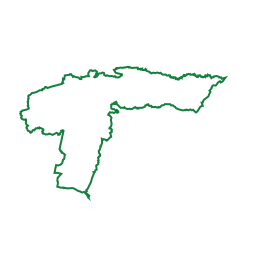 Ban Pong, Ratchaburi, Thailand (Albers equal-area conic projection), rotated 171°
{"feature_id": "78962969B74786164204095", "entity_name": "Ban Pong", "entity_type": "district", "adm_level": 2, "iso_a3": "THA", "parent_name": "Thailand", "parent_adm1": "Ratchaburi", "projection": "albers", "projection_center": [99.771, 13.854], "detail": "fine", "context": "isolated", "style": "outline", "palette": "green", "viewbox_px": 256, "rotation_deg": 171, "n_neighbors": 0, "source": "geoboundaries", "source_scale": "gbopen_adm2", "svg_char_len": 5960}
<svg xmlns="http://www.w3.org/2000/svg" viewBox="0 0 256 256"><g transform="rotate(171 128 128)"><path d="M207.0,81.1L203.7,79.6L201.0,79.2L201.1,78.8L200.7,78.6L199.5,78.6L197.1,77.8L192.5,77.4L191.0,76.8L186.7,73.4L185.2,72.9L185.0,72.5L183.2,71.4L181.4,71.8L178.9,68.3L178.2,65.6L177.8,65.1L178.0,66.3L177.1,66.7L176.9,67.2L179.6,70.4L179.7,71.3L178.5,72.1L179.0,73.1L177.3,74.3L173.0,80.5L171.5,83.9L168.8,88.4L168.9,89.8L167.9,89.5L166.9,91.3L165.5,91.7L165.3,95.9L163.1,96.9L162.9,98.4L162.4,98.7L162.7,100.4L162.1,100.7L162.2,103.4L161.4,103.7L160.8,104.6L159.9,104.8L159.7,106.3L160.5,107.6L160.5,109.9L159.5,110.7L158.4,112.9L158.2,114.1L157.7,114.0L156.9,115.9L156.3,116.4L155.9,117.4L155.5,121.3L154.5,120.4L154.1,120.8L152.4,120.2L151.4,119.0L150.8,119.4L150.4,119.1L147.1,121.6L146.0,121.9L146.2,124.6L146.6,125.9L144.8,126.4L144.5,127.6L144.8,127.8L144.2,128.8L144.6,129.7L146.4,130.5L146.0,131.3L145.3,131.3L144.1,133.0L143.5,134.8L143.7,138.6L142.7,140.8L144.1,143.2L145.5,144.1L145.4,144.4L143.4,146.4L142.9,146.0L140.4,145.7L139.5,145.0L137.4,145.9L136.9,145.9L136.7,145.2L136.1,145.4L135.7,144.8L135.0,145.2L135.1,145.8L135.5,145.7L135.7,146.8L136.3,147.7L137.5,147.3L138.6,148.7L140.4,149.0L141.4,149.9L141.0,153.6L139.8,153.8L139.6,154.4L138.1,154.0L138.4,154.3L137.6,155.2L135.8,155.7L135.8,154.9L135.3,154.8L135.7,153.4L134.9,152.9L132.2,149.1L131.3,149.1L129.7,148.6L128.3,149.1L128.0,148.2L126.3,147.2L125.3,146.8L123.2,146.8L122.7,146.2L120.8,146.2L117.8,147.5L117.6,147.0L117.1,147.0L116.2,146.0L115.7,146.4L114.9,145.6L114.3,145.6L113.8,146.2L111.0,145.7L108.0,146.4L107.3,147.6L105.8,147.6L105.4,147.7L105.5,148.1L104.3,148.3L103.6,146.5L101.7,146.3L101.2,144.8L100.2,145.0L98.8,144.4L97.7,144.7L96.4,143.8L94.7,143.4L94.5,144.0L93.2,143.5L91.2,145.0L89.5,145.0L88.1,145.4L87.8,145.8L82.7,144.9L81.8,143.5L81.0,143.6L79.8,143.1L79.3,142.2L78.2,141.6L77.5,140.1L75.2,138.6L71.6,137.0L70.0,136.7L68.2,137.0L68.1,136.6L66.9,136.8L65.5,136.0L65.2,136.3L63.2,136.5L62.1,135.5L60.9,135.8L58.7,132.9L58.1,132.7L56.3,134.1L53.5,137.4L51.8,138.3L50.7,138.2L51.3,141.5L50.4,141.3L48.9,143.8L43.7,146.6L42.1,149.4L40.9,150.8L41.7,152.1L39.4,153.9L39.0,154.6L39.2,154.8L37.9,156.6L37.2,156.8L34.7,156.2L31.6,159.1L30.1,159.8L29.6,159.7L29.2,158.5L27.2,159.2L23.9,162.5L27.6,162.0L28.0,163.4L29.9,163.5L30.0,164.2L32.3,165.5L34.9,165.5L35.2,165.1L35.7,165.2L35.8,164.7L37.0,164.9L37.9,164.3L38.2,165.5L38.8,165.9L38.6,166.8L38.8,167.3L40.5,167.5L40.7,167.8L40.9,167.1L41.6,166.7L42.3,167.6L42.9,167.4L43.3,166.7L43.6,167.6L44.6,166.5L45.5,166.7L46.0,166.3L46.9,167.2L47.5,166.9L48.0,167.3L47.9,167.6L48.6,168.8L49.4,168.8L49.4,168.5L50.4,168.1L50.7,168.4L51.1,167.4L52.0,167.6L52.8,169.0L52.9,168.7L53.2,168.8L53.4,169.6L54.3,169.9L54.0,170.2L54.5,170.3L54.4,171.0L56.4,170.7L57.9,170.8L58.3,171.1L58.3,171.5L58.8,171.4L59.9,171.9L60.7,171.6L61.3,171.9L62.1,171.0L62.7,171.1L63.3,170.7L63.5,171.3L64.2,171.5L64.0,170.7L64.3,170.8L64.4,170.5L65.6,170.6L66.4,169.8L67.2,170.1L67.7,169.8L67.6,169.2L68.1,169.6L68.5,169.0L69.2,169.3L69.4,168.9L70.0,168.9L69.8,168.6L70.3,167.9L70.8,167.9L71.2,168.9L72.0,168.6L72.7,169.5L72.7,169.1L73.2,169.0L73.1,170.2L74.2,170.4L74.6,170.8L75.4,170.3L75.6,170.5L75.0,171.0L75.9,170.8L75.8,171.1L76.8,171.2L77.0,171.6L78.1,171.4L78.5,172.2L78.2,172.7L78.3,173.4L79.5,173.8L80.4,173.5L81.6,173.9L82.4,174.9L85.1,175.2L86.2,176.0L87.1,177.4L88.1,177.1L90.2,178.1L93.1,178.1L94.3,178.7L96.4,178.3L97.2,179.3L97.7,179.3L98.1,180.2L100.8,181.5L100.8,181.9L101.3,182.4L101.1,182.8L101.5,182.8L101.7,183.4L102.7,182.6L104.3,182.9L104.4,183.3L104.7,183.1L105.5,183.6L105.1,184.4L105.8,184.3L106.3,184.6L106.7,184.1L107.0,184.6L107.7,184.5L108.4,184.9L108.6,184.5L109.0,184.6L109.0,186.1L115.1,186.8L116.6,187.6L117.4,187.5L117.4,188.2L119.3,188.4L122.1,188.2L122.4,188.5L124.2,188.2L126.2,188.9L128.4,188.6L129.7,189.1L130.1,188.9L130.1,188.2L130.8,188.3L131.0,187.8L132.8,187.6L131.5,184.4L125.5,181.9L126.0,180.9L126.8,181.1L127.2,180.3L129.2,179.4L132.1,180.0L132.3,180.9L133.0,181.3L134.0,180.9L135.8,181.9L138.5,182.1L140.5,183.4L141.7,182.9L143.3,184.2L143.0,185.2L143.2,186.3L144.9,186.7L145.8,186.2L149.0,186.4L149.3,185.1L150.8,183.7L152.8,183.2L153.4,183.7L151.5,185.1L151.2,186.3L149.9,188.4L151.3,190.0L154.3,189.8L155.0,190.7L156.4,190.9L158.7,188.3L158.9,186.8L158.5,185.3L161.4,185.7L162.8,185.3L165.1,185.3L166.1,185.8L166.5,183.6L168.0,184.0L168.9,185.6L171.9,186.5L173.1,187.5L174.3,187.1L174.5,188.2L175.5,189.0L175.7,190.0L176.8,190.3L177.5,189.7L182.2,189.8L183.3,186.2L184.5,187.0L184.6,186.7L184.9,184.6L185.8,183.5L185.0,182.5L186.6,181.9L196.7,180.9L201.3,180.1L202.5,181.3L203.3,181.4L203.8,181.2L204.0,180.5L205.7,179.6L206.4,179.9L206.8,178.7L209.2,179.1L213.3,177.7L217.6,177.5L218.8,176.4L220.2,175.7L220.8,175.8L221.6,175.1L221.5,172.7L222.0,172.5L222.6,169.5L223.0,169.4L223.0,165.7L223.6,165.4L222.9,163.4L223.0,162.7L225.0,162.1L229.8,161.7L230.1,161.1L231.5,160.8L231.5,159.6L232.1,159.2L231.7,158.5L232.0,157.8L230.9,156.7L232.0,155.0L231.5,154.4L231.6,153.8L229.3,152.3L227.9,152.6L227.4,152.3L227.7,150.0L228.1,149.4L227.9,147.6L226.4,145.9L227.8,145.2L228.3,144.1L227.8,143.5L227.4,141.0L225.4,139.9L225.4,138.9L224.8,138.5L223.4,139.3L222.5,140.7L221.7,140.8L221.1,140.4L220.7,141.0L220.1,141.0L219.2,142.1L217.7,141.8L216.8,142.3L216.4,141.8L215.6,142.3L215.2,141.4L214.3,141.7L212.0,140.0L211.8,139.2L213.3,138.0L212.8,137.2L213.3,136.5L212.9,135.7L211.8,135.5L210.4,134.5L208.5,134.3L206.8,134.8L203.4,133.0L199.4,134.4L198.0,133.4L198.0,132.2L196.8,132.1L196.1,132.5L195.9,133.6L194.1,134.9L194.4,135.7L192.8,136.0L192.1,135.4L198.9,117.9L198.8,117.2L197.9,116.3L198.2,115.4L197.1,114.8L197.3,113.9L195.9,113.2L194.4,111.4L194.8,111.1L195.6,108.2L196.1,107.3L197.1,106.8L198.4,103.9L200.1,102.4L202.6,101.9L204.8,102.6L207.6,95.2L204.4,94.7L201.1,93.1L205.3,89.8L206.0,87.1L206.0,86.3L205.7,86.0L205.9,84.2L207.0,81.1Z" fill="none" stroke="#15803d" stroke-width="2"/></g></svg>